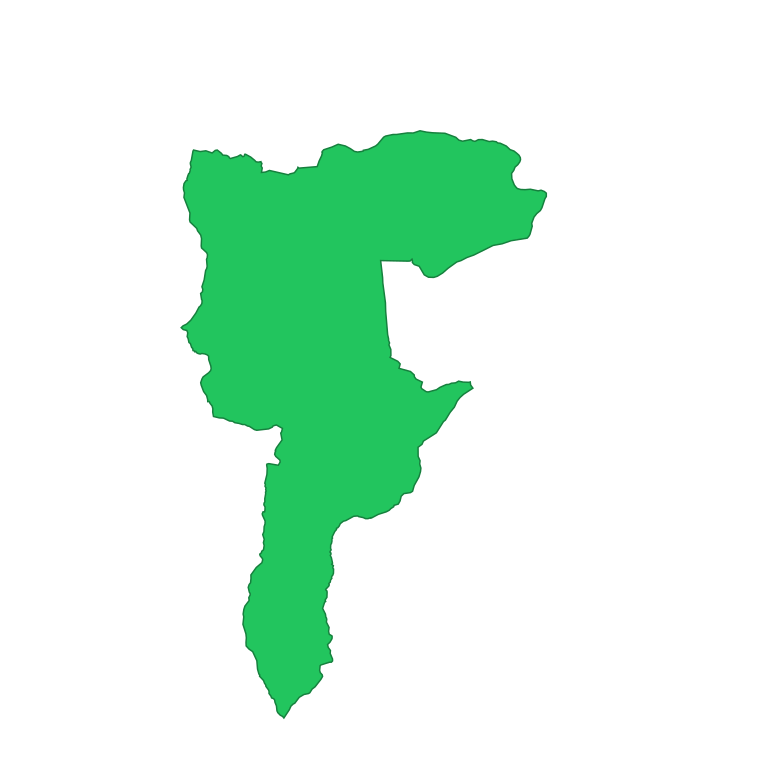 Palanca, Bacau, Romania (Equal Earth projection), rotated 161°
{"feature_id": "2599482B22231725486126", "entity_name": "Palanca", "entity_type": "district", "adm_level": 2, "iso_a3": "ROU", "parent_name": "Romania", "parent_adm1": "Bacau", "projection": "equal_earth", "projection_center": [26.107, 46.519], "detail": "fine", "context": "isolated", "style": "filled", "palette": "green", "viewbox_px": 768, "rotation_deg": 161, "n_neighbors": 0, "source": "geoboundaries", "source_scale": "gbopen_adm2", "svg_char_len": 6171}
<svg xmlns="http://www.w3.org/2000/svg" viewBox="0 0 768 768"><g transform="rotate(161 384 384)"><path d="M190.9,569.2L195.7,573.8L198.0,574.9L199.0,576.5L202.3,578.3L205.6,579.0L211.4,583.1L215.2,584.3L218.9,583.8L220.9,585.0L222.5,586.9L230.7,588.0L233.8,590.2L235.8,593.9L244.7,601.2L256.0,605.6L261.8,608.3L267.5,611.7L274.6,611.8L280.3,613.8L290.7,615.8L294.3,617.0L301.8,617.9L304.0,617.5L311.8,612.8L314.4,611.8L322.5,611.0L327.4,611.7L327.6,611.1L329.0,611.1L333.4,611.9L336.3,613.6L339.1,617.4L343.0,621.6L349.3,625.6L356.0,625.0L364.7,625.1L366.7,624.0L367.2,623.4L366.9,622.8L368.7,620.1L372.7,616.0L376.4,611.3L394.1,615.8L394.8,616.9L395.6,615.8L399.3,613.3L400.5,612.9L404.5,613.3L406.3,612.9L422.8,623.2L427.1,623.0L431.0,623.9L428.8,627.9L429.2,630.0L427.6,632.4L428.2,633.7L428.0,634.3L430.7,634.7L432.7,635.8L433.4,637.5L436.1,641.9L440.1,646.3L441.0,646.5L441.5,645.5L442.5,644.8L443.7,645.0L444.4,646.6L445.2,647.4L448.5,646.8L455.7,647.2L456.5,648.0L456.8,649.6L458.3,651.3L461.9,652.9L462.7,655.2L465.5,659.5L467.5,659.8L471.3,658.4L476.5,662.5L482.1,663.6L487.9,667.2L488.8,666.4L493.4,658.1L494.9,656.5L495.4,655.3L495.8,651.8L497.4,650.1L497.8,648.8L499.6,646.5L500.3,646.4L501.8,644.6L503.6,642.1L503.8,640.6L505.2,640.6L507.8,638.6L509.7,635.1L510.3,632.8L510.4,629.7L512.4,625.6L511.8,608.9L514.4,602.5L514.6,600.3L510.4,592.1L510.4,589.6L508.8,584.5L509.2,580.8L511.9,574.0L512.2,572.0L508.9,565.9L508.8,563.7L510.1,560.9L511.2,559.7L512.9,552.9L514.0,551.0L515.7,549.4L520.2,540.9L524.5,535.2L524.5,532.6L525.6,530.3L527.9,529.3L529.0,523.0L528.7,522.4L530.0,519.4L532.1,517.6L533.8,517.0L538.8,512.3L545.9,507.2L551.1,504.9L555.1,504.4L557.4,503.3L556.1,500.8L553.0,498.8L552.9,496.3L554.7,492.8L554.4,490.8L554.9,486.7L553.9,485.3L554.0,481.2L553.3,479.9L553.7,477.8L552.7,477.2L552.4,476.0L551.4,476.1L551.0,474.6L549.8,473.3L548.1,472.2L546.2,472.1L543.5,470.7L541.5,468.9L540.8,467.4L541.8,464.1L541.9,457.3L542.5,454.6L543.6,453.1L546.1,451.7L552.7,449.6L554.4,448.1L556.9,444.9L557.2,442.5L557.0,435.6L555.5,430.8L555.8,426.7L556.4,424.7L554.9,424.2L554.8,422.4L553.7,419.2L553.9,416.3L555.1,413.2L555.8,408.8L550.8,405.6L546.9,404.0L542.1,399.3L539.3,398.1L537.7,396.0L534.0,394.0L530.9,391.7L528.8,391.0L526.7,388.7L525.1,387.8L521.4,383.1L519.4,381.7L507.7,379.1L503.6,379.6L502.4,380.5L499.1,380.3L494.5,375.1L496.4,372.1L497.6,371.2L498.6,364.3L506.3,358.8L508.4,356.7L508.2,355.9L509.1,355.1L510.3,353.0L509.9,350.7L507.2,346.0L507.6,344.0L510.4,341.6L518.8,346.2L520.7,346.4L521.3,345.7L521.9,342.3L524.1,336.7L529.0,329.0L528.8,327.8L529.8,326.0L529.4,324.2L530.3,322.6L530.3,321.1L531.2,320.4L531.6,318.8L534.1,314.3L535.0,311.4L536.2,310.4L536.9,308.8L536.5,306.5L537.5,303.8L538.5,302.0L540.0,302.5L541.4,300.9L541.6,299.6L541.0,293.2L542.0,290.5L543.8,288.1L545.6,283.5L547.7,281.1L547.8,276.2L549.7,273.2L549.9,270.3L551.9,266.5L554.0,265.7L554.9,264.3L556.7,263.7L557.0,263.1L557.0,261.8L555.8,258.5L556.0,257.2L557.6,254.8L564.5,252.1L572.0,246.8L573.0,243.6L574.9,239.5L576.8,238.3L578.6,235.9L579.1,231.1L578.8,229.5L579.2,228.2L581.4,226.0L582.0,223.2L587.8,219.3L589.9,216.5L592.1,212.3L592.4,209.5L595.6,202.7L595.9,192.7L596.8,188.8L598.6,184.6L599.6,181.2L598.0,177.4L595.3,173.7L594.3,163.8L596.4,155.6L596.7,150.5L596.2,149.4L596.8,148.2L594.4,142.8L594.4,140.0L593.8,137.9L594.1,136.5L592.8,132.4L592.8,130.6L593.5,128.8L592.5,125.6L592.5,123.8L590.8,122.4L590.3,120.8L590.7,118.4L590.5,114.7L591.6,109.8L591.4,107.8L589.9,104.6L588.1,102.7L587.4,100.8L579.5,106.9L576.9,109.7L574.0,111.0L572.3,111.2L566.1,115.4L560.7,116.5L556.2,115.9L554.7,116.2L551.2,119.0L547.8,120.1L539.8,125.3L537.3,127.5L537.1,129.2L538.2,131.8L538.1,134.2L536.1,138.5L535.1,138.9L526.2,138.7L524.3,138.1L522.8,138.9L522.2,140.8L522.6,146.7L521.4,149.5L522.5,153.0L522.2,156.0L519.1,157.5L516.1,160.1L515.3,161.9L515.2,162.8L517.2,165.1L517.2,165.9L516.9,168.2L515.2,171.7L516.0,177.6L514.8,180.0L514.6,181.4L514.9,182.4L514.3,185.5L515.1,191.8L511.1,197.1L510.0,197.3L510.0,198.9L507.4,200.9L505.5,205.9L505.4,207.1L505.9,207.6L506.0,208.8L502.0,210.9L501.2,211.9L501.1,213.3L499.3,214.2L498.3,216.1L496.6,217.2L496.5,218.4L495.9,219.2L494.8,219.8L493.4,221.5L491.9,225.5L492.2,226.1L492.1,227.3L491.0,228.7L492.1,230.6L491.0,231.3L490.3,236.8L490.6,239.4L489.6,240.3L489.2,241.4L489.8,242.5L489.6,243.1L488.0,244.4L488.0,246.1L486.7,249.4L485.6,250.3L484.4,252.3L483.7,254.4L482.8,255.1L482.9,256.0L482.6,256.5L478.5,260.6L476.4,261.8L475.9,263.0L474.4,263.2L472.6,264.3L470.8,266.2L467.1,267.5L464.5,267.3L455.7,268.8L451.8,267.8L451.2,266.9L447.2,264.5L445.3,262.7L443.0,261.9L440.1,261.9L440.2,261.5L439.4,261.4L431.8,262.6L423.4,262.4L420.2,262.9L418.0,264.0L414.8,264.8L414.0,266.0L409.6,265.8L406.9,268.2L404.3,272.3L400.9,273.9L394.3,272.7L391.9,273.3L388.5,278.2L381.2,284.8L378.0,289.3L376.5,292.5L376.3,296.7L374.9,299.7L375.3,304.4L372.4,313.1L367.7,314.6L365.3,317.2L350.4,320.8L340.0,329.1L337.7,329.9L330.8,335.6L325.0,339.2L320.4,344.0L316.5,346.5L312.0,348.4L301.3,351.1L302.4,354.8L301.8,357.9L303.0,357.9L308.5,360.0L312.5,362.4L316.0,361.8L320.0,362.8L322.7,362.5L325.3,363.2L332.3,362.6L336.2,361.5L344.9,362.1L346.6,363.0L349.8,367.2L350.1,369.0L347.1,373.3L352.0,378.1L352.9,380.8L352.5,382.8L354.9,387.2L364.7,393.9L362.2,397.7L363.6,401.0L369.6,407.1L368.2,408.7L366.3,414.5L366.6,419.4L365.4,421.0L365.5,423.8L365.0,425.0L364.5,429.4L358.8,452.0L356.2,460.3L352.2,480.0L350.7,485.0L347.0,501.8L321.4,492.4L319.3,491.8L316.9,492.9L316.9,491.7L317.6,489.6L316.5,487.1L312.4,483.9L310.4,474.1L307.2,470.5L302.3,468.6L298.5,468.5L292.3,469.9L285.7,472.6L275.4,475.7L271.1,475.6L264.3,476.6L257.0,476.7L235.7,479.5L226.6,478.1L217.2,478.1L201.0,475.3L198.4,476.9L197.1,478.2L192.5,484.9L192.0,487.9L187.8,493.0L184.1,495.4L179.7,497.1L177.3,499.2L171.5,506.8L169.5,508.4L168.4,511.6L169.7,513.8L172.4,516.1L175.3,516.4L182.2,520.5L187.3,521.8L191.4,523.4L194.3,525.4L195.2,527.4L196.0,529.8L196.3,536.4L194.8,541.6L191.8,543.7L189.5,546.4L186.1,547.8L183.3,549.8L181.9,551.6L181.4,553.7L181.9,556.4L183.3,558.9L185.2,561.9L188.5,564.6L190.9,569.2Z" fill="#22c55e" stroke="#15803d" stroke-width="1.5"/></g></svg>